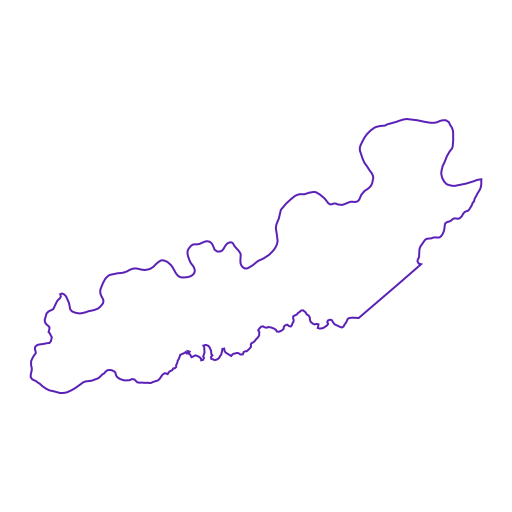 Cutias, Amapá, Brazil (Mercator projection)
{"feature_id": "56859067B15199971512565", "entity_name": "Cutias", "entity_type": "district", "adm_level": 2, "iso_a3": "BRA", "parent_name": "Brazil", "parent_adm1": "Amapá", "projection": "mercator", "projection_center": [-50.524, 1.067], "detail": "fine", "context": "isolated", "style": "outline", "palette": "violet", "viewbox_px": 512, "rotation_deg": 0, "n_neighbors": 0, "source": "geoboundaries", "source_scale": "gbopen_adm2", "svg_char_len": 6053}
<svg xmlns="http://www.w3.org/2000/svg" viewBox="0 0 512 512"><path d="M300.5,194.1L297.4,194.8L295.2,195.8L293.4,197.2L290.9,199.2L286.2,203.5L280.9,209.8L280.5,211.4L278.8,218.6L277.8,220.9L276.5,224.3L276.0,226.5L275.9,228.6L276.9,234.8L277.6,240.9L277.2,243.3L276.4,245.7L274.6,248.8L273.1,250.8L269.0,254.9L263.3,258.6L258.4,260.8L256.8,261.9L253.1,265.0L248.2,268.0L246.8,268.5L244.7,268.4L243.4,267.7L241.9,266.2L240.9,264.4L240.5,263.0L240.4,260.8L240.7,254.3L240.0,252.7L238.6,250.7L235.5,247.3L234.0,245.3L233.0,243.4L231.6,242.4L229.8,242.4L227.7,243.2L226.4,244.4L225.4,245.7L223.3,249.2L222.0,250.7L219.7,251.6L217.2,251.5L214.7,249.8L212.8,245.3L212.1,244.0L210.9,242.6L209.2,241.6L206.9,241.2L204.9,241.6L201.5,243.0L199.7,243.9L197.4,244.3L193.3,244.4L191.1,245.7L188.8,248.5L188.0,249.9L187.5,251.7L187.5,253.4L187.9,255.9L188.6,257.8L189.2,259.6L190.7,262.9L193.3,266.3L194.2,268.1L194.8,270.2L194.6,272.0L193.8,273.8L192.3,275.2L190.9,276.1L187.8,277.1L184.5,277.4L182.0,277.5L179.7,276.9L177.9,275.7L176.6,274.2L175.5,272.6L172.8,267.6L170.9,265.0L168.1,262.5L166.9,261.7L164.9,260.8L163.4,260.4L161.4,260.3L159.5,261.3L158.2,262.2L155.7,264.4L153.4,266.8L149.9,269.0L145.8,269.9L144.2,270.0L140.0,269.3L137.2,268.6L135.3,268.4L133.3,268.6L131.6,269.1L129.2,270.1L127.0,271.4L123.6,272.6L121.0,273.0L118.0,273.2L109.8,274.9L107.9,276.1L106.3,277.7L105.1,279.1L102.9,283.2L100.6,288.9L100.2,290.9L100.5,294.0L101.3,296.0L102.3,297.8L103.3,299.9L103.4,301.6L103.0,303.3L101.3,305.5L99.4,307.5L97.7,308.7L94.8,309.8L91.8,310.6L88.9,311.1L85.8,312.2L82.3,313.1L79.6,313.5L76.2,312.9L74.1,312.3L71.9,311.3L70.2,309.3L69.0,303.0L66.5,297.3L65.6,295.8L63.8,294.2L61.9,293.5L60.2,294.2L60.8,296.3L60.2,297.9L57.5,300.6L56.3,302.7L53.3,309.1L48.5,311.5L46.6,313.4L44.7,319.9L44.9,321.4L45.4,323.1L46.8,324.7L48.9,326.4L49.6,327.9L48.6,332.2L49.7,333.2L51.8,337.4L50.9,341.2L49.4,343.0L46.1,343.3L44.3,343.8L39.2,344.5L37.3,345.0L35.5,346.4L34.9,348.1L35.0,349.6L35.6,351.4L35.8,353.1L33.8,355.8L32.3,358.5L31.1,361.2L31.1,365.2L31.7,367.8L31.8,369.9L30.8,374.2L30.7,377.1L32.1,379.2L33.7,380.1L35.7,380.9L37.6,382.4L39.7,383.7L42.6,386.3L44.0,387.3L46.1,388.7L48.8,390.1L50.7,390.7L53.4,391.2L60.0,393.0L62.7,393.0L65.5,392.7L67.7,392.0L71.8,390.1L75.7,387.8L83.4,382.2L85.8,381.4L91.6,380.7L96.9,378.8L99.2,377.6L102.5,374.3L103.9,373.6L106.2,371.0L108.0,370.1L109.8,370.0L111.6,370.2L113.7,371.1L115.2,372.2L116.1,375.2L116.8,376.7L118.8,378.3L120.3,379.1L122.3,379.8L124.5,380.4L128.8,380.3L130.3,379.9L132.1,379.0L134.4,379.5L137.3,382.3L139.2,382.7L141.7,382.6L145.8,382.9L147.8,382.7L149.4,383.1L151.0,382.9L153.8,381.7L157.8,380.5L159.1,379.4L160.1,378.2L162.3,374.9L164.6,373.2L166.2,373.5L167.6,374.1L168.8,372.2L169.9,371.3L172.3,370.1L173.2,368.4L174.8,368.3L176.2,366.9L176.2,364.9L177.1,363.4L177.7,360.8L178.9,358.8L180.3,354.8L184.2,353.1L185.8,352.0L186.8,353.5L188.8,353.1L190.4,355.0L191.5,357.2L193.4,356.4L195.5,355.3L198.5,356.5L200.0,357.6L201.0,358.7L201.2,360.3L202.9,360.0L204.0,357.9L203.2,356.6L204.5,352.4L204.2,347.3L203.4,345.6L205.8,344.9L208.1,345.7L209.4,347.0L211.0,350.6L211.4,354.3L212.4,355.4L211.0,357.0L211.3,358.8L214.9,360.1L216.7,359.6L218.2,358.7L219.3,357.6L220.0,356.1L221.2,354.7L222.1,350.9L222.4,348.9L224.2,348.6L224.6,351.1L225.8,352.7L231.2,356.0L232.2,354.7L233.5,353.8L237.4,352.9L239.1,353.5L240.4,354.5L242.8,354.4L243.7,352.0L245.3,351.3L246.8,351.2L249.4,348.8L251.0,346.8L250.8,344.7L251.4,343.3L253.5,342.2L255.0,340.8L255.9,339.4L257.5,337.9L259.1,335.6L259.3,332.1L258.2,330.2L259.7,328.1L261.3,326.7L262.8,326.3L264.9,327.4L266.8,327.7L268.3,327.0L271.2,327.5L274.0,328.6L275.9,329.8L276.8,331.5L279.1,331.7L281.4,330.7L283.6,329.0L283.9,326.6L285.4,325.2L287.4,324.7L288.9,326.1L290.8,326.5L292.0,324.9L292.5,323.2L293.4,321.8L293.7,320.3L293.1,318.1L293.3,316.2L296.8,314.5L297.9,313.1L299.6,311.9L301.2,310.5L303.0,310.3L305.5,312.2L306.5,314.2L308.6,315.5L309.8,317.5L309.9,319.7L310.7,321.9L312.9,323.7L314.6,324.4L316.8,323.9L318.5,324.3L317.8,328.0L319.7,328.6L322.1,328.3L323.6,327.8L324.8,327.0L327.3,325.2L328.1,323.7L327.3,322.3L327.8,320.6L329.8,319.7L331.7,320.1L334.1,323.8L335.5,324.8L337.9,325.8L339.5,326.7L341.9,327.5L343.5,326.6L344.3,325.0L346.2,322.3L347.7,319.0L349.1,318.1L351.0,317.8L353.5,317.7L358.7,318.0L398.7,283.7L421.1,264.2L418.6,263.5L417.5,261.4L417.8,259.5L418.6,258.2L419.1,256.3L419.4,249.5L419.9,247.9L420.5,246.4L424.7,240.3L426.2,239.0L429.0,238.5L431.3,238.4L432.9,237.7L435.0,237.4L438.7,237.6L440.4,236.9L442.4,234.5L443.7,231.6L444.2,229.9L444.8,225.2L445.2,223.4L447.2,222.0L449.5,221.4L451.4,220.4L452.6,219.1L454.3,218.4L455.9,218.4L457.8,218.8L459.7,218.3L461.9,216.1L463.2,213.7L464.7,212.0L466.2,211.3L467.9,210.8L469.1,209.6L471.2,206.3L472.1,204.5L472.7,202.7L474.0,201.5L474.3,199.9L475.0,198.0L476.4,195.7L477.3,193.8L480.0,189.4L480.9,186.8L481.3,184.0L481.3,179.3L477.2,179.9L473.9,181.2L466.1,183.6L454.7,185.9L452.4,185.8L449.6,185.2L447.3,184.5L446.1,183.7L444.3,181.7L443.2,179.9L442.1,177.5L441.3,174.1L441.3,172.3L441.7,169.9L442.7,165.9L444.2,163.0L446.9,156.2L449.5,151.7L452.0,148.5L452.7,146.5L453.2,139.9L453.1,131.7L452.7,129.9L451.8,127.5L450.3,125.2L448.8,122.1L446.0,120.3L443.2,120.2L440.1,120.9L436.8,122.3L434.1,122.8L430.6,122.8L424.5,121.8L417.6,120.3L406.8,119.0L403.4,119.5L399.5,120.7L395.8,122.0L387.4,124.3L385.0,125.6L380.1,126.0L376.6,126.8L374.4,127.7L370.6,130.5L367.0,134.1L364.6,137.4L362.5,141.3L360.6,145.2L359.9,147.4L359.8,149.0L360.0,150.9L362.6,158.7L364.5,162.9L367.2,166.6L369.8,170.7L371.5,172.8L372.9,175.6L373.3,177.9L372.1,183.5L370.8,186.0L369.1,187.8L367.0,189.4L364.5,191.0L361.3,194.8L360.4,196.8L359.4,199.3L358.4,200.6L357.0,201.6L354.7,202.0L352.0,201.7L350.1,201.9L343.3,204.6L341.7,204.9L337.5,204.4L336.1,203.6L333.8,203.5L331.7,204.3L329.9,204.3L328.2,203.1L325.7,199.8L324.1,198.0L320.1,194.7L316.2,192.3L313.7,191.9L308.8,192.8L304.7,194.2L303.0,194.3L300.5,194.1ZM188.8,353.1L187.9,351.2L189.6,351.6L188.8,353.1Z" fill="none" stroke="#5b21b6" stroke-width="2"/></svg>